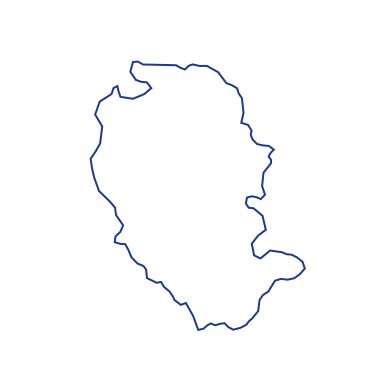 outline of Pazardzhik, rotated 149°
{"feature_id": "BGR-2234", "entity_name": "Pazardzhik", "entity_type": "Province", "adm_level": 1, "iso_a3": "BGR", "parent_name": "Bulgaria", "parent_adm1": "", "projection": "robinson", "projection_center": [24.121, 42.158], "detail": "fine", "context": "isolated", "style": "outline", "palette": "blue", "viewbox_px": 384, "rotation_deg": 149, "n_neighbors": 0, "source": "natural_earth", "source_scale": "10m", "svg_char_len": 1586}
<svg xmlns="http://www.w3.org/2000/svg" viewBox="0 0 384 384"><g transform="rotate(149 192 192)"><path d="M257.7,70.6L254.9,84.9L254.4,100.0L259.7,101.0L262.7,108.6L262.2,111.6L262.5,118.3L264.9,125.0L264.8,130.8L269.2,132.5L274.9,141.4L271.3,149.2L271.7,153.6L275.6,158.9L277.5,167.1L276.3,175.7L276.1,181.7L280.2,184.5L284.1,188.8L280.5,193.3L273.8,194.8L268.2,198.9L269.0,211.4L266.0,218.2L267.4,226.5L271.2,240.7L268.4,254.7L265.7,263.1L261.8,272.7L252.7,276.9L245.6,281.1L235.2,294.4L235.1,308.3L224.5,317.0L210.5,317.4L205.8,321.5L201.4,321.2L203.2,315.9L204.3,310.4L194.6,302.3L182.4,300.5L173.4,302.0L174.2,309.2L178.7,312.5L182.4,317.0L183.0,326.8L175.7,333.8L171.2,331.7L168.3,326.5L140.4,308.9L137.8,304.2L134.8,300.6L130.0,301.9L125.7,301.0L120.4,296.0L114.3,292.4L107.9,281.3L106.5,267.7L102.8,263.0L99.9,257.6L101.2,252.6L100.9,246.6L107.1,233.3L114.1,225.9L109.4,220.6L109.3,214.0L112.3,210.6L113.0,205.7L111.5,199.6L107.2,195.4L102.4,191.9L100.1,186.1L104.4,185.1L108.1,182.8L107.7,178.8L109.4,176.0L120.9,171.6L128.9,160.9L130.8,152.1L136.7,150.5L139.5,154.4L142.7,157.4L147.8,158.9L151.7,154.4L151.5,149.4L147.7,146.4L143.8,135.3L148.2,121.6L158.0,120.5L167.4,116.9L171.4,105.7L167.5,99.8L155.2,101.6L145.9,94.0L142.9,89.9L138.9,87.0L135.5,81.5L133.2,75.1L134.7,68.3L141.9,66.0L148.7,65.4L155.2,67.6L160.5,71.7L166.6,73.2L178.0,67.3L184.1,67.2L189.7,64.7L196.5,55.9L205.5,52.6L209.7,51.9L213.9,50.2L220.9,50.7L227.6,52.8L230.4,57.4L231.7,62.8L236.0,64.6L240.7,65.8L243.6,69.6L247.3,69.8L252.5,68.9L257.7,70.6Z" fill="none" stroke="#1e3a8a" stroke-width="2"/></g></svg>